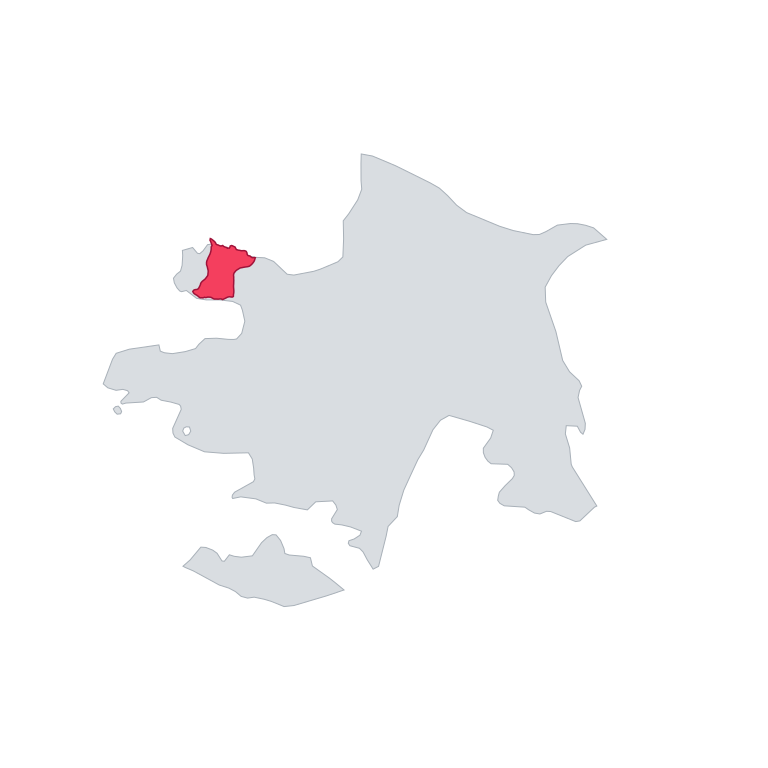 location of Zaqatala District, Zaqatala, Azerbaijan, rotated 330°
{"feature_id": "54616110B4759617374649", "entity_name": "Zaqatala District", "entity_type": "district", "adm_level": 2, "iso_a3": "AZE", "parent_name": "Azerbaijan", "parent_adm1": "Zaqatala", "projection": "mercator", "projection_center": [46.691, 41.618], "detail": "fine", "context": "in_parent", "style": "filled", "palette": "rose", "viewbox_px": 768, "rotation_deg": 330, "n_neighbors": 0, "source": "geoboundaries", "source_scale": "gbopen_adm2", "svg_char_len": 5204}
<svg xmlns="http://www.w3.org/2000/svg" viewBox="0 0 768 768"><g transform="rotate(330 384 384)"><path d="M507.3,596.1L504.6,595.9L485.2,600.5L481.2,599.0L464.6,577.8L461.1,575.5L454.0,574.5L449.8,571.0L446.4,565.3L444.4,561.1L427.2,549.6L424.7,545.3L424.3,541.6L426.9,538.3L429.8,535.4L438.1,532.6L447.9,530.1L451.1,528.3L452.7,525.2L452.6,520.3L451.0,515.4L436.9,506.6L435.4,502.8L434.9,498.1L435.7,493.2L437.9,489.3L449.4,484.1L455.5,478.7L451.7,472.7L439.3,458.9L424.6,443.7L414.8,443.6L403.5,448.1L385.4,461.0L375.4,466.5L362.3,475.7L348.1,485.8L336.5,496.6L329.2,505.5L316.3,509.4L309.7,516.9L288.1,539.2L282.0,538.9L281.6,527.8L281.9,519.0L280.6,514.0L273.6,507.0L273.4,504.1L275.3,502.2L280.7,503.3L287.6,502.9L290.9,500.2L283.5,491.0L277.0,484.9L271.4,480.8L270.1,478.3L270.1,476.5L271.3,474.5L280.8,469.4L281.8,464.8L281.1,459.6L266.0,451.9L254.7,454.7L244.5,446.1L238.0,439.5L229.8,432.3L222.6,428.4L215.6,419.4L203.5,410.1L195.7,407.5L195.8,406.1L197.2,404.4L200.5,403.0L222.1,403.3L224.7,401.6L226.1,397.7L229.0,391.8L232.4,383.1L232.2,375.8L210.5,363.9L194.7,353.0L183.8,338.6L176.4,325.4L176.7,321.0L178.8,316.8L195.7,304.6L196.8,301.5L196.4,299.3L190.4,293.1L182.9,286.6L180.5,281.9L175.7,279.5L166.7,279.3L150.8,271.4L147.4,270.6L146.7,269.0L147.5,267.4L158.8,264.2L158.6,261.6L155.2,258.1L148.8,255.5L142.9,249.2L140.9,243.5L161.3,226.8L167.4,223.5L180.8,226.5L208.6,237.6L206.7,243.7L209.5,247.2L215.9,251.9L228.1,256.6L238.5,259.1L243.7,257.0L251.7,255.2L262.0,260.7L271.6,267.6L276.4,270.4L278.9,271.3L286.1,269.0L294.9,260.0L298.3,249.2L299.2,244.0L294.2,236.8L283.7,229.0L272.0,222.2L264.5,216.1L259.6,204.2L254.8,202.8L253.6,201.3L252.8,197.2L253.0,191.5L254.6,187.1L259.4,185.2L264.2,184.5L268.5,180.3L273.9,172.1L276.2,167.5L286.5,170.1L287.8,177.5L289.6,179.0L293.9,178.2L300.9,175.1L306.5,177.5L313.7,186.2L323.7,195.5L329.1,201.7L331.2,206.0L336.3,210.2L343.8,215.1L349.7,222.7L355.0,240.5L360.4,244.6L379.6,251.3L386.3,252.7L405.2,255.1L411.9,253.4L421.6,238.1L430.3,222.3L438.5,219.0L453.3,211.4L462.1,204.2L465.8,196.4L474.2,181.7L479.3,173.4L488.0,180.8L503.1,200.7L524.6,233.0L529.9,242.1L533.3,252.7L536.3,265.5L541.2,276.8L563.0,305.2L572.5,315.6L587.8,329.2L593.3,332.2L600.5,333.0L613.6,333.1L625.8,338.3L631.8,342.0L638.0,347.4L643.6,353.6L649.2,370.1L628.1,364.6L606.8,365.5L594.8,369.0L583.2,373.9L572.0,380.7L565.0,393.9L559.1,424.5L550.5,453.0L550.8,466.2L554.6,478.8L554.1,484.8L550.2,487.3L545.3,492.7L538.7,518.7L535.4,523.8L531.2,527.0L530.1,524.0L530.3,517.2L521.0,511.2L516.1,517.9L512.8,532.2L506.0,547.1L505.6,550.0L507.3,596.1ZM193.1,328.2L194.0,324.0L191.4,322.2L188.6,322.1L186.1,324.1L186.1,329.3L189.5,330.2L193.1,328.2ZM123.4,447.8L120.2,443.6L118.8,441.3L128.2,439.4L143.8,433.7L148.0,436.5L152.6,442.2L154.8,447.1L155.2,456.2L157.1,457.7L164.7,454.6L168.1,458.3L173.9,462.7L184.1,467.0L198.6,460.2L205.9,458.5L211.9,458.6L215.1,460.7L216.2,467.8L215.1,476.5L213.4,481.2L216.4,484.7L228.4,493.1L233.4,497.7L231.0,505.8L239.9,525.4L242.9,533.0L246.4,542.4L228.1,538.7L195.2,530.8L186.2,526.8L177.6,515.8L172.6,510.5L165.0,503.7L158.8,501.2L154.1,496.5L151.5,489.4L147.6,483.2L140.8,475.7L125.4,450.5L123.4,447.8ZM143.0,276.7L141.0,278.1L137.8,276.7L136.9,273.5L137.1,270.2L140.2,269.4L142.8,270.3L143.5,273.3L143.0,276.7Z" fill="#d9dde1" stroke="#a8b0b8" stroke-width="1"/><path d="M335.7,210.3L335.1,209.7L333.8,209.1L333.0,208.7L332.3,207.3L332.0,206.2L331.0,205.3L330.4,204.6L330.3,203.3L330.8,202.2L330.9,201.7L331.0,200.3L330.2,199.1L329.5,198.5L328.3,197.9L327.0,197.2L325.9,196.1L324.8,195.3L324.1,194.5L323.4,193.8L323.4,192.5L323.5,190.9L322.7,189.8L322.0,188.7L321.3,187.9L319.9,187.6L318.6,188.7L318.0,189.0L317.3,188.5L316.2,188.1L316.3,187.4L315.5,186.6L314.5,185.5L313.9,184.6L313.6,183.4L311.8,183.0L310.6,181.8L310.0,180.8L308.9,179.7L308.5,178.8L308.7,178.0L308.6,176.4L308.1,174.8L307.0,172.1L306.3,171.2L306.2,171.3L305.2,172.5L305.1,174.0L304.7,176.3L304.4,178.0L302.9,178.9L302.1,180.3L301.1,181.7L300.1,182.8L298.5,184.3L296.6,185.6L294.9,186.7L293.8,187.6L292.0,188.9L291.0,190.1L290.0,191.9L289.6,194.0L289.0,195.9L288.5,197.7L287.8,199.0L286.8,200.3L286.3,201.1L285.5,202.0L283.4,202.9L283.0,203.1L281.4,203.7L278.0,204.2L276.5,204.7L275.4,205.3L275.1,205.8L274.0,206.7L272.9,207.4L271.9,208.1L270.4,208.7L269.3,208.6L268.0,208.0L267.5,207.8L266.3,207.6L264.7,208.2L264.6,209.2L264.7,210.5L265.1,211.5L265.5,212.3L266.2,213.4L266.7,214.5L267.1,215.7L267.6,217.0L268.4,217.8L269.5,218.2L270.2,218.9L271.9,219.1L272.5,219.8L273.6,220.3L274.6,220.5L275.5,221.0L276.1,221.4L277.0,222.0L277.8,222.8L278.1,223.5L279.4,225.5L281.0,226.4L283.0,227.7L284.6,228.3L285.5,228.9L286.4,230.1L287.6,230.3L289.0,230.4L290.4,230.5L291.5,230.5L293.6,231.0L294.7,231.9L295.8,232.7L296.2,232.9L297.3,232.9L298.4,231.2L299.5,229.9L300.5,228.3L301.3,226.7L302.0,225.2L302.8,223.7L303.9,222.1L304.8,220.6L305.7,219.2L306.5,217.6L307.3,216.3L308.1,214.5L309.3,213.1L310.2,212.7L312.2,211.9L313.4,211.7L316.5,211.6L317.6,211.6L319.4,212.3L320.7,212.7L322.6,213.4L323.8,213.9L324.8,214.3L326.5,214.7L328.5,214.4L329.7,214.1L331.6,213.4L333.1,212.6L334.2,211.7L335.3,210.6L335.7,210.3Z" fill="#f43f5e" stroke="#9f1239" stroke-width="1.5"/></g></svg>